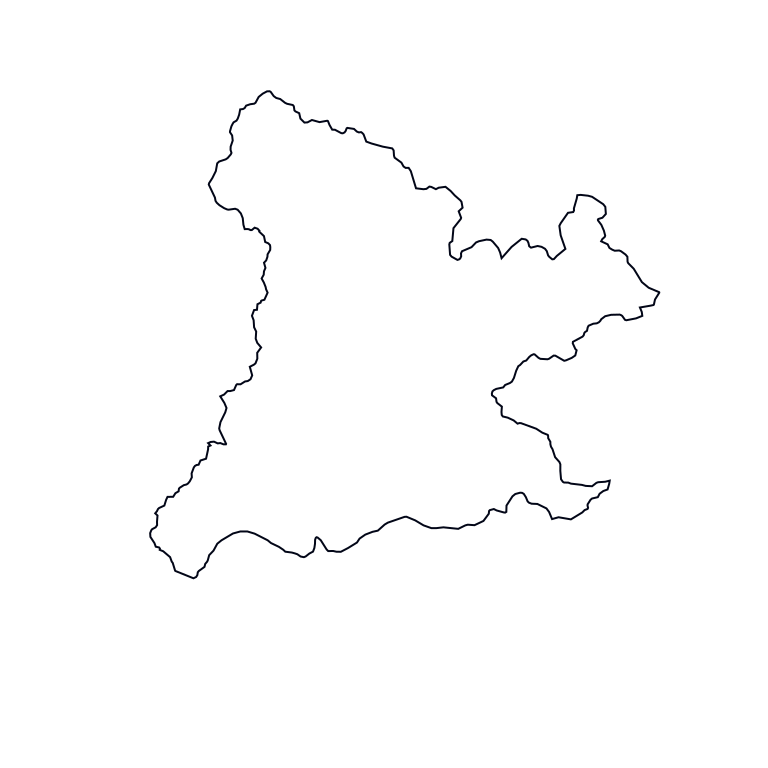 Cho Moi, Bắc Kạn, Vietnam (Mercator projection), rotated 25°
{"feature_id": "81297802B24308322432437", "entity_name": "Cho Moi", "entity_type": "district", "adm_level": 2, "iso_a3": "VNM", "parent_name": "Vietnam", "parent_adm1": "Bắc Kạn", "projection": "mercator", "projection_center": [105.849, 21.965], "detail": "fine", "context": "isolated", "style": "outline", "palette": "ink", "viewbox_px": 768, "rotation_deg": 25, "n_neighbors": 0, "source": "geoboundaries", "source_scale": "gbopen_adm2", "svg_char_len": 6165}
<svg xmlns="http://www.w3.org/2000/svg" viewBox="0 0 768 768"><g transform="rotate(25 384 384)"><path d="M291.9,167.0L282.6,169.4L271.1,171.3L265.5,171.8L260.0,166.4L258.0,165.6L256.8,165.4L254.9,166.6L252.7,166.7L249.0,165.5L242.5,167.4L242.1,168.1L242.3,170.9L241.9,172.7L240.7,174.2L239.3,174.7L232.0,174.3L229.6,175.4L225.2,172.3L222.1,169.4L221.3,169.4L214.9,173.9L207.1,175.2L204.1,179.2L201.4,180.7L196.1,178.8L192.7,174.4L188.6,174.4L187.2,173.9L184.9,170.4L183.4,169.7L177.8,171.0L175.6,171.0L169.5,169.6L165.5,170.3L162.4,169.7L158.0,167.2L156.7,167.0L154.3,168.2L151.4,172.1L149.1,176.8L148.7,183.4L147.9,184.8L144.5,187.0L141.4,190.0L141.1,192.8L140.0,194.4L137.6,195.9L138.9,201.1L139.3,205.3L139.0,207.7L137.1,210.4L136.9,212.0L136.8,214.9L137.6,220.0L138.0,220.9L141.3,222.9L144.0,227.3L144.7,233.7L146.0,236.7L148.1,239.0L148.1,240.7L146.8,245.3L145.6,247.3L140.6,252.0L139.6,254.5L141.6,262.1L141.4,269.9L140.6,275.9L140.9,277.3L152.0,286.5L153.9,289.2L155.8,290.4L159.3,291.5L164.8,292.2L168.1,292.1L169.5,291.7L175.0,288.1L177.7,287.9L182.2,289.9L185.9,293.4L189.3,299.1L192.3,302.5L195.1,301.1L196.8,300.8L197.8,301.0L199.1,300.4L200.7,297.0L203.8,296.7L206.4,297.8L206.4,298.5L206.9,298.8L212.7,300.7L216.3,305.5L219.7,305.4L222.0,306.3L223.1,308.0L224.2,310.6L223.7,315.7L224.6,318.0L225.0,321.8L224.0,324.8L227.5,328.9L227.6,332.6L228.8,335.8L228.5,340.1L232.2,342.8L235.7,346.1L237.1,348.0L239.9,350.4L240.0,358.2L237.8,360.1L237.5,360.7L237.8,362.4L235.6,365.2L237.5,370.4L235.0,371.9L235.5,378.0L238.9,381.3L242.3,387.5L246.0,390.5L248.6,397.2L251.8,400.3L257.2,402.8L255.9,409.3L258.5,414.6L258.8,419.6L257.9,421.5L255.1,425.1L260.9,431.9L261.0,436.1L259.3,438.9L257.0,440.4L254.1,444.9L250.9,446.3L250.5,447.3L250.6,452.9L247.6,455.4L245.2,456.5L243.5,461.2L240.8,464.4L247.3,468.6L251.4,472.3L252.1,476.7L251.9,487.7L253.4,493.9L254.6,495.4L266.2,505.0L266.2,505.5L264.1,506.5L260.6,506.7L258.4,508.1L254.3,508.1L251.4,509.8L249.6,511.9L252.7,513.1L251.1,515.0L252.2,517.6L254.3,526.9L250.0,530.9L250.1,535.5L248.4,536.6L247.3,538.1L246.9,540.0L247.4,546.3L249.3,549.8L249.1,554.3L248.4,557.0L247.5,558.5L245.3,560.3L242.7,564.4L242.4,565.5L243.2,568.1L241.1,571.1L240.6,575.3L235.5,577.8L235.5,581.1L236.3,587.0L232.6,591.4L232.0,592.9L232.0,595.2L231.3,597.9L234.3,598.9L236.5,604.8L238.0,607.8L237.6,610.4L235.2,613.6L234.9,615.0L235.1,618.0L236.9,621.3L243.2,625.2L245.9,627.9L249.3,627.2L250.5,627.9L250.8,629.1L254.6,628.9L263.3,631.3L266.7,634.7L268.1,635.4L273.6,641.5L274.2,641.6L293.4,640.6L295.3,638.3L295.6,636.1L294.8,633.3L295.2,631.7L298.6,625.6L298.0,622.6L298.8,619.7L298.8,618.2L297.9,613.0L299.9,607.1L300.4,599.2L302.8,594.3L310.3,583.3L316.2,578.3L322.4,575.4L330.0,574.3L344.6,574.8L348.8,575.9L357.6,576.0L362.7,576.8L365.4,577.7L371.7,575.7L374.7,575.2L377.4,574.9L381.3,575.6L384.6,574.8L385.9,573.4L388.0,569.2L390.5,565.9L390.2,562.1L389.0,558.0L387.4,554.3L387.2,552.3L387.6,551.4L388.7,551.2L392.7,552.3L401.9,558.2L404.0,559.0L408.6,556.8L411.8,556.1L415.8,554.3L420.7,547.9L426.5,539.1L427.2,534.4L430.7,528.4L436.1,522.8L440.4,519.5L444.0,511.1L446.1,508.0L458.8,495.7L460.5,494.8L469.9,494.4L479.6,495.4L487.9,494.6L492.2,492.6L498.4,488.8L512.5,483.9L517.4,477.8L519.4,476.1L525.7,473.7L532.0,466.1L533.8,457.3L532.9,454.7L533.2,453.6L536.4,450.9L539.5,451.0L546.7,449.8L548.1,449.4L548.9,448.2L546.4,442.4L547.9,431.5L549.5,428.2L553.3,425.0L555.1,424.3L557.1,424.5L560.4,426.6L563.8,429.7L565.6,430.3L568.4,430.1L573.7,427.9L583.8,428.1L587.7,430.2L593.4,435.4L598.5,431.0L610.6,427.7L618.0,416.6L619.1,413.5L621.3,411.2L621.3,410.0L619.8,408.1L619.4,407.0L620.1,401.7L620.9,399.9L625.6,396.2L625.8,392.3L628.0,388.3L631.2,385.1L630.3,379.4L629.4,376.2L625.8,379.1L619.6,382.5L618.3,383.8L615.8,388.7L609.9,391.1L606.0,391.8L595.5,395.3L592.7,395.5L588.8,397.2L587.5,397.1L584.7,395.5L580.5,388.2L577.8,382.3L576.0,380.6L570.0,378.0L564.3,371.9L561.8,370.2L560.2,368.2L559.2,366.1L555.7,363.7L554.7,361.7L553.9,360.9L548.1,361.2L540.9,360.2L524.7,361.6L523.2,362.2L521.8,363.5L516.9,362.2L510.4,362.2L505.4,363.2L503.8,362.3L502.3,359.7L500.4,354.7L494.8,353.4L493.5,352.6L491.6,349.6L486.7,348.6L485.8,347.1L485.4,344.9L486.1,343.2L487.8,341.0L493.5,336.7L494.2,333.7L497.7,329.9L498.9,327.8L499.2,323.6L498.2,316.1L498.2,311.1L499.3,309.3L500.8,304.7L503.0,302.6L504.2,298.1L505.3,295.8L507.0,293.8L508.0,293.5L513.0,295.0L515.1,295.1L521.7,292.5L522.9,291.4L525.7,286.6L527.3,285.9L537.5,286.8L538.9,285.7L543.1,281.0L545.3,277.3L544.3,272.0L542.6,271.4L537.9,267.4L537.4,265.9L543.9,257.2L544.4,255.5L544.0,253.1L544.3,251.9L545.5,250.0L544.7,246.6L544.8,244.7L548.2,240.9L551.2,239.1L552.7,237.2L553.4,235.1L553.5,233.5L555.8,229.1L560.6,225.3L568.3,221.5L569.8,221.4L571.1,221.6L575.3,224.0L576.7,223.8L584.7,218.0L589.3,213.1L587.2,209.8L583.6,206.5L592.4,200.4L594.9,198.5L595.0,197.8L593.9,192.9L594.9,184.9L594.6,184.5L583.2,184.9L574.7,182.7L561.6,174.0L554.3,171.3L553.1,170.3L550.8,165.8L548.2,164.6L542.7,163.5L540.7,163.6L536.8,165.7L534.1,165.8L530.8,165.4L527.7,162.9L520.5,162.9L520.6,160.5L521.9,157.4L521.8,156.1L518.5,152.1L513.7,147.9L508.8,145.3L508.4,144.7L508.5,143.9L511.7,141.0L513.2,136.1L509.7,129.9L506.7,128.4L493.5,126.4L489.4,127.1L482.3,129.5L479.4,131.2L480.3,134.4L481.9,144.6L482.9,146.5L482.8,148.2L478.4,151.1L476.2,163.6L476.1,166.6L481.3,174.6L491.3,184.9L486.5,194.9L485.2,199.0L483.8,199.9L480.0,198.9L478.4,198.1L475.4,194.8L472.8,193.4L468.8,193.1L464.9,194.0L459.6,198.3L457.4,197.8L455.2,195.0L453.5,193.6L451.3,193.1L447.4,194.2L441.7,205.8L437.4,220.3L433.7,215.8L430.0,212.5L422.4,209.0L419.8,208.4L415.9,209.8L409.8,214.4L407.6,216.8L405.5,223.0L398.6,230.7L398.6,233.1L400.0,235.7L400.0,238.1L399.4,239.3L398.1,240.5L391.4,240.0L389.3,239.0L384.2,229.9L383.9,228.3L385.5,225.6L381.1,213.4L383.8,202.1L383.7,200.8L378.7,195.9L380.7,191.0L377.3,186.2L375.6,185.3L368.4,183.2L362.8,180.9L356.4,179.3L350.6,183.0L348.7,185.5L343.6,185.4L341.7,185.9L340.0,189.2L337.4,190.8L330.3,193.1L318.4,179.8L315.0,177.7L312.3,179.0L309.8,178.6L306.2,176.0L298.0,174.4L296.6,172.9L294.0,168.2L291.9,167.0Z" fill="none" stroke="#020617" stroke-width="2"/></g></svg>